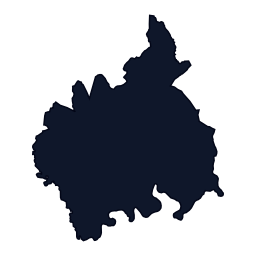 outline of Mexticacán, Jalisco, Mexico
{"feature_id": "50627088B62341505788280", "entity_name": "Mexticacán", "entity_type": "district", "adm_level": 2, "iso_a3": "MEX", "parent_name": "Mexico", "parent_adm1": "Jalisco", "projection": "natural_earth1", "projection_center": [-102.764, 21.278], "detail": "fine", "context": "isolated", "style": "filled", "palette": "ink", "viewbox_px": 256, "rotation_deg": 0, "n_neighbors": 0, "source": "geoboundaries", "source_scale": "gbopen_adm2", "svg_char_len": 5782}
<svg xmlns="http://www.w3.org/2000/svg" viewBox="0 0 256 256"><path d="M190.8,65.2L188.6,61.1L184.5,61.3L184.3,61.9L182.1,62.0L181.0,63.3L180.2,63.6L179.3,63.6L177.8,61.3L177.1,60.9L176.5,60.9L176.3,59.8L175.5,59.7L175.3,58.7L175.0,58.4L174.9,57.1L174.5,56.7L174.1,55.8L174.2,55.4L175.3,54.6L174.4,53.6L174.2,52.0L175.4,50.7L175.4,50.4L175.1,50.2L175.1,49.0L175.6,47.9L175.7,47.3L175.6,46.7L173.9,43.9L174.5,42.3L173.3,41.6L173.0,39.8L173.4,39.7L173.1,39.3L172.2,39.1L171.5,38.5L171.3,37.7L170.7,37.1L170.0,34.8L168.0,31.5L165.3,28.5L164.9,27.7L164.9,27.3L164.4,26.7L164.4,25.4L163.4,24.3L163.5,23.2L162.8,22.4L161.7,21.8L160.8,21.9L160.5,22.5L160.0,22.6L157.2,21.8L156.6,21.4L156.3,20.9L155.8,18.5L155.3,17.7L154.2,17.2L153.9,16.0L149.7,15.4L149.4,24.0L149.5,28.8L148.9,29.6L148.8,30.5L146.8,33.6L146.6,34.2L147.2,36.1L147.6,36.1L148.7,39.1L148.6,40.6L148.9,41.6L149.9,41.8L150.5,44.0L150.7,46.7L149.9,47.5L149.1,47.6L146.4,50.1L144.7,50.9L142.3,53.6L141.0,56.2L139.8,57.5L139.1,57.9L138.8,57.6L138.4,57.8L137.1,57.5L136.6,57.1L134.7,58.9L132.5,58.1L131.5,58.1L130.7,58.5L128.7,61.2L127.0,62.6L124.8,65.2L123.7,68.2L123.7,68.9L123.5,69.0L124.2,70.2L124.9,70.6L127.0,71.1L127.0,73.6L123.8,77.2L124.2,77.8L125.4,78.7L126.7,80.4L127.0,81.7L126.3,82.5L123.9,84.5L121.1,85.8L117.5,86.1L116.3,86.6L115.6,87.2L114.7,88.2L114.0,89.3L112.6,89.1L110.7,88.3L109.9,87.5L109.0,86.1L108.8,84.3L106.8,82.0L105.1,78.5L102.2,75.2L101.2,74.7L99.5,74.7L97.7,75.2L96.9,76.0L95.6,76.8L89.4,98.5L88.7,96.8L88.4,96.6L88.0,95.1L86.6,91.9L83.1,84.8L82.3,84.1L81.7,84.0L81.3,82.2L79.2,81.6L78.6,81.0L77.6,81.2L74.4,86.2L73.2,86.0L72.7,86.5L72.9,88.3L72.7,88.8L72.7,91.2L73.9,92.8L74.1,94.6L73.5,96.6L72.3,98.3L72.5,101.3L73.2,104.9L72.7,106.0L73.1,107.3L74.2,108.5L73.9,110.0L74.9,111.2L74.5,111.4L73.5,110.9L67.1,107.7L60.1,105.3L55.8,102.1L55.2,102.9L53.5,104.0L53.2,106.4L53.3,107.6L52.5,107.6L52.5,108.2L50.7,108.2L49.6,111.8L48.0,111.9L45.6,112.7L44.8,115.8L43.9,124.9L45.0,125.0L47.3,126.2L49.0,129.1L45.1,130.6L42.8,131.0L42.7,132.4L38.0,135.6L36.4,136.2L35.8,138.5L36.9,140.3L35.3,142.8L33.3,145.0L32.8,146.1L32.8,147.3L33.6,149.3L35.0,150.4L34.9,151.7L34.0,151.7L33.5,151.4L33.0,151.6L32.8,154.3L33.6,154.1L34.1,154.3L34.5,154.9L34.6,155.8L34.9,156.2L34.7,157.6L35.2,157.8L35.3,158.4L34.5,159.8L34.4,160.8L35.0,162.4L36.0,163.6L35.3,165.1L35.4,165.9L38.8,169.3L39.4,170.0L39.9,171.7L41.5,172.4L41.6,173.3L41.5,174.1L38.8,173.1L38.2,173.2L36.9,173.9L36.5,174.7L37.5,176.6L37.9,177.1L40.5,177.6L43.1,177.8L45.3,179.0L46.1,179.0L46.2,178.6L46.1,176.4L46.3,175.9L47.0,175.8L47.8,176.2L48.0,177.8L47.1,179.0L46.8,180.9L46.2,181.7L44.5,182.1L44.0,182.5L44.0,183.4L45.0,185.5L45.3,185.7L46.5,185.7L47.2,185.2L47.9,184.0L50.9,183.5L51.6,182.5L51.9,182.4L52.0,181.9L52.9,181.3L53.5,181.2L54.0,181.6L53.7,182.6L55.3,183.8L55.7,185.3L57.6,185.2L59.2,186.5L59.4,187.3L59.1,188.7L59.2,189.6L60.5,190.9L60.6,197.5L61.3,199.6L63.5,200.3L66.3,201.8L66.7,205.6L66.4,207.6L67.4,208.1L68.8,207.8L69.4,208.7L70.4,209.4L70.8,211.1L71.7,210.9L72.4,211.6L72.3,213.1L70.3,213.3L69.7,214.1L69.6,214.8L70.5,216.7L70.1,218.8L70.7,219.8L70.1,220.8L70.1,221.4L70.6,222.0L71.9,222.1L72.9,222.6L73.1,223.1L73.4,226.3L75.6,227.8L75.7,228.4L75.4,228.9L75.2,229.7L76.7,231.5L76.8,236.9L77.4,238.5L78.4,239.1L79.4,239.0L79.1,236.9L79.4,236.1L79.8,235.8L80.5,236.5L81.3,238.8L83.4,240.6L86.6,239.5L89.2,237.8L91.2,237.3L92.3,237.5L92.8,237.8L94.4,240.3L95.6,240.2L97.0,239.5L98.3,237.9L99.9,236.9L100.9,234.6L101.3,232.6L101.1,227.0L101.2,225.7L101.9,224.3L102.6,223.9L103.5,223.8L106.9,224.7L108.1,225.8L110.1,225.9L111.7,225.5L113.5,225.5L114.3,224.9L115.2,223.5L115.5,221.2L114.8,219.6L112.6,218.4L111.2,219.0L110.2,218.9L109.0,217.7L108.6,216.7L108.3,214.7L108.6,213.4L109.8,212.0L111.5,211.1L114.4,210.7L116.2,210.8L118.4,210.1L121.6,209.8L122.8,210.1L124.6,211.4L125.4,212.9L127.1,214.3L127.7,216.1L129.6,217.0L129.8,217.6L129.3,219.5L129.3,220.6L130.1,221.4L131.3,221.5L132.0,221.4L133.5,219.9L134.1,218.5L134.1,214.9L133.4,211.0L133.8,209.1L134.3,208.1L135.1,207.4L136.0,207.4L137.0,208.1L140.4,212.0L142.5,215.4L143.4,216.4L145.7,217.2L147.0,217.1L147.9,216.8L151.2,213.6L152.4,212.9L154.8,211.9L157.4,211.3L158.6,210.7L159.7,209.8L160.9,208.0L161.1,205.6L160.6,203.0L159.8,201.5L156.1,198.2L154.3,197.6L152.7,196.4L152.0,195.1L151.7,193.6L152.4,189.7L154.0,185.4L154.6,184.3L155.2,183.8L156.0,183.7L157.2,184.6L157.4,186.1L157.2,189.1L157.8,190.7L159.1,192.1L161.4,192.7L163.3,192.0L165.1,192.3L165.8,192.7L170.9,197.8L174.7,199.1L177.0,200.7L178.2,200.9L179.0,201.4L180.3,203.5L180.9,205.4L181.0,206.5L180.7,208.3L179.8,210.2L175.9,212.3L173.8,213.8L173.6,214.4L173.5,215.9L174.1,217.5L174.5,217.7L176.4,217.8L178.5,219.2L180.6,220.0L181.4,219.8L182.3,218.5L182.7,217.1L182.7,214.8L183.2,213.8L184.3,213.0L186.1,212.6L189.3,210.2L191.3,207.9L194.7,201.5L196.5,200.2L198.2,199.6L200.4,198.0L202.2,195.1L203.8,194.0L204.2,192.0L205.0,191.3L205.3,190.6L210.2,191.1L212.6,189.8L213.9,189.6L214.4,189.8L215.2,191.5L216.4,191.9L217.4,192.7L218.5,195.7L220.8,196.2L221.9,196.0L222.8,195.5L223.2,194.5L223.2,193.1L222.4,192.2L221.2,190.2L219.3,188.5L218.3,187.0L217.8,185.7L217.6,182.5L218.2,178.8L217.8,177.6L216.8,176.0L213.3,174.1L212.6,172.9L212.4,172.1L212.5,171.2L213.3,169.0L213.0,165.8L213.3,163.4L214.1,160.6L213.8,157.1L213.9,156.6L214.5,156.0L215.8,155.9L216.6,153.7L216.8,151.6L215.6,147.8L214.6,146.1L213.2,141.9L212.8,140.1L213.0,139.4L212.5,138.0L212.3,136.7L212.5,135.4L213.9,132.6L214.7,129.5L211.8,128.2L209.6,126.8L207.6,126.6L199.2,121.3L197.8,114.8L199.0,110.0L195.8,110.3L189.9,101.5L183.1,93.8L181.5,91.3L177.7,89.5L174.5,87.1L170.4,85.9L174.5,79.3L178.7,76.3L179.1,75.5L180.6,75.0L180.9,74.2L182.3,73.9L185.9,70.8L187.1,69.7L187.9,68.2L190.8,65.2Z" fill="#0f172a" stroke="#020617" stroke-width="1.5"/></svg>